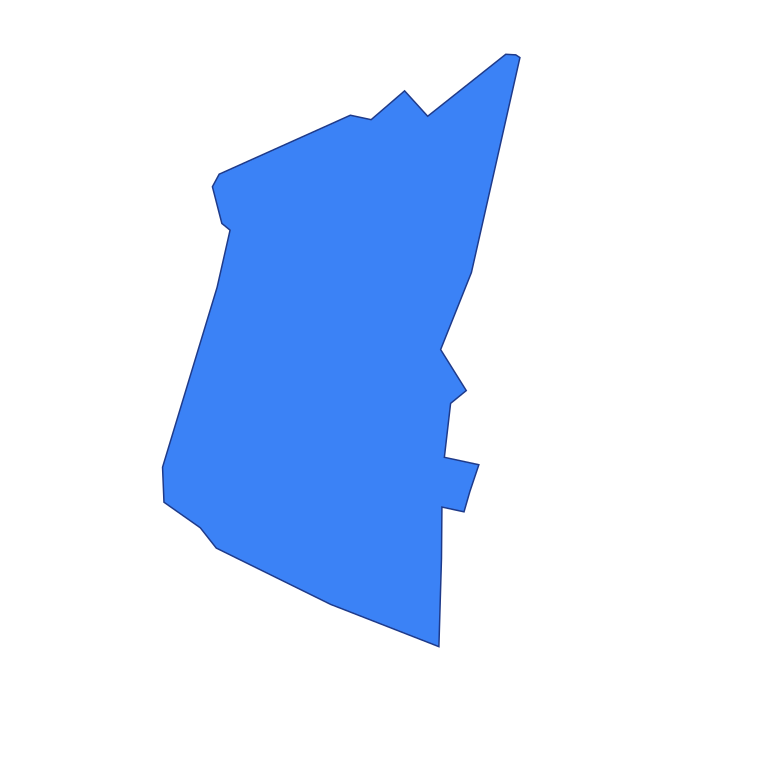 the district of Bledsoe, Tennessee, United States of America, rotated 338°
{"feature_id": "52423323B62552285254036", "entity_name": "Bledsoe", "entity_type": "district", "adm_level": 2, "iso_a3": "USA", "parent_name": "United States of America", "parent_adm1": "Tennessee", "projection": "equal_earth", "projection_center": [-85.176, 35.563], "detail": "fine", "context": "isolated", "style": "filled", "palette": "blue", "viewbox_px": 768, "rotation_deg": 338, "n_neighbors": 0, "source": "geoboundaries", "source_scale": "gbopen_adm2", "svg_char_len": 519}
<svg xmlns="http://www.w3.org/2000/svg" viewBox="0 0 768 768"><g transform="rotate(338 384 384)"><path d="M336.5,648.1L371.9,567.4L391.6,519.8L410.3,532.5L423.3,515.9L441.7,494.4L412.5,474.6L438.5,426.9L457.8,420.9L449.4,373.3L506.8,313.4L632.3,132.3L629.5,128.2L620.4,123.9L524.8,152.1L512.9,119.9L471.1,134.1L453.5,122.2L309.8,127.7L298.8,136.8L293.8,174.4L298.9,183.7L265.5,231.8L147.5,378.2L135.7,411.2L159.8,448.5L167.0,473.3L252.0,568.4L336.5,648.1Z" fill="#3b82f6" stroke="#1e3a8a" stroke-width="1.5"/></g></svg>